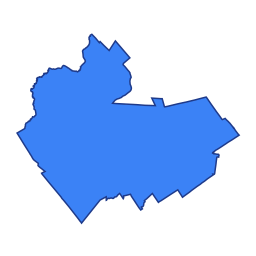 Scurtu Mare, Teleorman, Romania (Albers equal-area conic projection), rotated 269°
{"feature_id": "2599482B34296356322698", "entity_name": "Scurtu Mare", "entity_type": "district", "adm_level": 2, "iso_a3": "ROU", "parent_name": "Romania", "parent_adm1": "Teleorman", "projection": "albers", "projection_center": [25.289, 44.364], "detail": "fine", "context": "isolated", "style": "filled", "palette": "blue", "viewbox_px": 256, "rotation_deg": 269, "n_neighbors": 0, "source": "geoboundaries", "source_scale": "gbopen_adm2", "svg_char_len": 5557}
<svg xmlns="http://www.w3.org/2000/svg" viewBox="0 0 256 256"><g transform="rotate(269 128 128)"><path d="M117.8,237.3L118.9,239.0L119.9,238.1L123.3,235.6L124.0,235.1L124.4,234.9L126.4,233.7L126.2,233.5L126.4,233.4L127.7,232.5L131.2,229.8L131.5,229.4L132.6,228.5L134.6,226.4L135.9,225.3L134.8,222.6L134.8,222.4L134.9,222.2L139.0,219.4L140.4,218.4L142.9,216.6L144.7,215.4L150.1,211.7L157.4,206.9L157.6,206.7L156.0,200.0L154.7,194.7L154.4,193.2L152.8,186.1L152.8,185.9L151.2,177.8L149.0,168.0L148.6,165.7L148.5,165.1L148.6,164.8L156.7,162.7L156.7,161.8L156.8,160.6L157.5,152.3L149.9,155.7L150.4,145.3L151.2,136.8L152.6,116.8L152.9,113.6L153.0,113.0L154.3,114.0L156.2,115.8L156.5,116.4L157.3,117.9L157.6,119.3L158.6,121.7L158.7,122.0L159.3,122.6L160.0,123.5L160.7,125.2L161.0,125.8L163.4,128.9L164.5,130.5L165.4,131.3L166.1,131.7L167.1,132.0L168.0,132.1L169.7,131.7L171.7,130.9L174.7,130.7L175.4,130.8L177.2,131.2L177.4,131.2L178.2,131.9L178.8,132.0L180.4,131.6L182.9,130.8L183.1,130.9L184.5,130.0L185.5,129.1L189.2,126.2L191.3,124.2L192.3,124.4L192.7,124.6L198.1,131.1L215.3,116.9L205.8,110.5L210.7,105.6L214.9,101.6L213.8,100.8L218.4,97.2L222.3,93.5L222.1,93.2L221.7,92.3L221.3,91.8L220.9,91.8L220.4,91.9L220.3,91.3L219.8,90.9L219.1,90.6L218.6,90.6L217.8,90.8L217.5,90.6L216.2,91.1L215.1,91.1L213.5,91.0L212.8,90.8L211.8,90.3L211.4,90.1L211.2,89.8L210.7,89.5L209.6,88.4L209.0,87.7L208.7,87.0L208.2,86.6L208.0,86.4L207.9,86.3L207.7,85.9L207.6,85.4L207.1,84.7L206.9,84.6L206.5,84.5L206.1,84.0L205.2,83.9L204.5,84.1L202.8,84.3L199.7,84.5L198.2,85.3L197.0,86.1L195.5,86.5L195.3,86.4L194.8,86.1L194.5,86.0L193.8,85.5L193.5,85.0L191.4,82.8L190.8,82.3L189.8,81.8L189.8,81.6L189.3,81.7L189.1,81.8L188.3,81.4L188.2,81.5L187.9,81.6L187.7,81.5L187.4,81.1L187.0,81.0L186.7,80.5L186.4,80.8L186.2,80.5L186.0,80.2L185.8,79.5L185.1,78.8L185.0,78.4L185.1,78.2L185.6,77.5L185.8,77.2L185.8,76.9L185.5,76.2L185.9,75.1L185.9,74.3L186.1,73.6L186.1,73.1L186.7,72.8L186.8,72.3L186.9,72.2L187.5,71.6L187.6,71.2L187.9,70.9L189.0,69.6L189.4,68.6L189.9,68.2L191.2,66.0L191.6,64.9L191.6,64.5L191.0,63.7L190.4,63.3L189.1,62.7L188.8,62.3L188.7,62.1L189.0,60.3L189.1,59.1L188.1,56.6L188.0,55.7L188.4,54.4L188.3,54.1L188.1,53.6L188.1,53.3L188.5,52.2L189.0,51.3L189.2,50.5L189.1,50.2L188.2,49.7L187.7,49.6L187.2,49.7L187.0,49.0L186.4,49.3L186.2,49.3L185.7,49.1L185.2,48.6L184.6,48.4L184.4,48.0L183.8,47.2L184.3,47.0L184.3,46.9L184.2,46.5L183.9,46.0L184.1,45.5L184.0,44.9L183.8,44.8L183.2,45.2L182.9,45.0L182.9,44.6L182.0,44.1L181.3,43.1L180.6,42.9L180.3,42.6L180.3,42.4L180.7,42.1L180.6,41.6L180.4,41.3L180.4,41.1L180.4,40.9L180.7,40.5L180.7,40.3L180.6,40.1L180.3,40.1L180.3,39.8L180.0,39.6L180.0,38.9L179.8,38.6L179.9,38.3L179.6,38.0L179.3,37.8L179.2,38.1L178.3,37.7L178.2,37.8L178.1,38.2L177.8,38.3L177.6,38.2L177.3,37.6L177.0,37.4L176.8,37.5L176.9,37.9L176.7,38.0L175.9,37.7L175.5,37.2L175.1,37.2L174.9,37.0L174.5,37.1L174.3,37.1L174.2,36.6L173.8,36.3L173.9,35.9L173.9,35.6L173.5,35.8L173.2,35.5L172.9,35.5L172.8,35.2L172.5,35.1L172.4,34.9L171.9,34.7L171.8,34.1L171.7,34.0L171.3,34.0L171.3,34.7L171.2,34.9L170.5,34.8L169.5,34.3L169.3,33.7L168.9,33.3L168.8,33.1L169.0,32.6L169.1,32.3L169.0,32.1L168.9,32.1L168.5,32.3L168.5,31.7L167.5,31.5L167.0,31.5L166.4,31.8L166.1,32.1L166.0,32.3L165.9,33.0L165.6,33.2L165.3,33.4L164.7,33.3L164.1,33.5L163.7,33.3L163.3,33.3L162.6,33.0L161.7,33.2L161.4,33.0L160.7,33.1L160.5,33.4L160.5,33.7L160.5,33.8L160.3,33.9L160.2,33.8L160.2,33.5L159.8,33.6L159.5,34.1L159.5,34.5L158.9,35.0L157.9,35.0L156.7,34.4L155.8,34.3L155.0,33.9L154.3,34.2L153.9,33.9L153.8,33.5L153.4,33.4L151.6,34.2L150.7,34.5L150.1,34.5L148.9,34.4L148.3,34.5L148.2,34.6L147.8,35.4L147.3,35.7L143.9,36.2L143.1,36.2L142.5,36.0L142.1,35.7L141.6,34.9L141.1,34.6L140.8,34.3L140.7,33.7L140.8,33.4L140.9,32.8L140.3,32.7L140.0,32.4L139.6,32.2L139.0,31.7L138.7,30.9L138.1,31.0L138.0,30.6L137.6,30.2L137.2,30.3L136.9,30.2L136.8,29.7L136.4,29.3L136.6,29.0L136.5,28.8L136.3,28.4L135.4,27.8L134.6,26.1L132.9,25.4L131.6,25.5L130.8,25.0L129.6,24.9L129.2,24.7L124.9,17.0L112.4,24.4L104.2,29.4L103.5,29.7L102.4,30.5L99.4,32.1L98.0,33.0L97.2,33.9L94.2,37.7L92.3,37.4L92.0,37.4L91.7,37.6L90.1,39.3L86.0,44.3L84.3,40.8L83.8,41.0L74.3,48.5L60.4,59.7L58.6,60.8L57.3,62.0L50.5,67.4L38.4,76.5L35.6,78.5L35.3,78.7L35.1,79.0L33.7,79.9L56.3,98.7L56.5,98.9L56.9,99.7L59.6,105.0L56.1,105.0L56.2,105.3L57.0,105.7L57.4,106.0L58.1,106.8L58.1,107.1L57.8,107.7L57.8,108.0L58.2,109.0L58.3,110.1L58.3,110.4L57.9,111.2L57.9,111.7L57.9,112.2L58.3,112.7L58.8,113.0L59.2,113.5L59.3,113.7L59.3,114.4L59.6,115.4L61.4,116.8L61.5,117.1L61.9,117.4L62.4,118.2L62.7,118.5L62.1,119.0L57.4,122.0L58.1,122.4L58.8,122.5L60.2,122.4L60.3,123.1L60.6,124.7L61.7,129.3L61.2,129.6L60.4,129.9L59.9,130.1L48.2,137.5L45.8,139.3L46.9,141.0L48.7,139.9L49.1,140.6L49.1,141.0L49.1,141.3L49.8,142.0L50.3,142.2L51.7,142.4L53.1,142.7L53.4,143.0L53.5,143.2L53.8,143.3L54.0,143.7L55.1,143.1L56.8,145.3L62.1,151.2L53.1,157.1L54.0,158.3L54.7,159.7L61.2,170.0L65.3,176.7L57.8,181.3L58.9,182.8L62.8,188.4L64.6,190.7L68.5,196.2L70.4,199.2L71.9,201.1L73.5,203.6L75.9,206.7L79.7,212.5L80.4,212.1L80.3,213.5L80.7,213.8L90.3,215.3L93.4,215.7L97.2,216.3L97.4,216.5L97.5,216.8L97.3,218.1L97.8,218.1L98.7,218.5L99.0,218.5L99.9,218.3L100.1,218.1L100.3,216.0L100.6,214.8L100.7,213.3L100.9,213.1L101.5,213.3L101.8,213.3L101.3,212.9L101.3,212.7L101.4,212.2L101.8,212.3L102.2,212.7L102.8,213.5L102.8,213.4L104.3,215.4L105.5,217.6L107.8,221.3L108.9,223.0L110.6,225.7L112.0,227.8L114.4,231.9L116.7,235.5L117.8,237.3Z" fill="#3b82f6" stroke="#1e3a8a" stroke-width="1.5"/></g></svg>